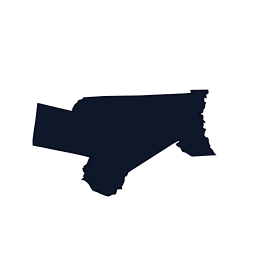 Peabiru, Paraná, Brazil, rotated 324°
{"feature_id": "56859067B78247046057010", "entity_name": "Peabiru", "entity_type": "district", "adm_level": 2, "iso_a3": "BRA", "parent_name": "Brazil", "parent_adm1": "Paraná", "projection": "equal_earth", "projection_center": [-52.308, -23.93], "detail": "fine", "context": "isolated", "style": "filled", "palette": "ink", "viewbox_px": 256, "rotation_deg": 324, "n_neighbors": 0, "source": "geoboundaries", "source_scale": "gbopen_adm2", "svg_char_len": 1860}
<svg xmlns="http://www.w3.org/2000/svg" viewBox="0 0 256 256"><g transform="rotate(324 128 128)"><path d="M61.2,142.8L62.8,145.0L63.6,148.2L63.9,151.6L63.4,154.4L63.3,157.4L64.9,160.1L66.3,162.0L67.3,164.3L69.2,167.1L70.5,169.2L72.2,171.2L73.6,171.7L76.5,172.0L77.8,173.0L79.0,173.6L80.8,172.5L81.8,171.4L83.0,170.8L84.4,171.0L85.5,172.0L87.1,173.1L87.9,171.3L90.5,170.3L91.8,169.4L93.1,168.8L94.5,167.2L95.4,166.0L96.9,164.8L98.5,165.4L100.0,164.8L101.6,163.5L107.8,163.7L111.6,163.9L114.0,164.1L142.5,165.8L154.9,166.5L162.5,167.4L161.8,170.4L160.4,170.1L158.9,169.6L157.6,170.1L158.0,172.0L159.5,174.5L159.0,176.0L158.8,179.0L159.9,180.5L161.0,181.7L161.4,183.3L162.2,184.8L162.6,186.5L163.4,188.1L182.7,200.5L182.4,198.7L182.9,196.2L182.7,193.9L182.1,191.8L183.5,190.5L183.8,188.5L184.9,185.7L186.1,184.3L186.0,182.4L184.7,182.0L184.7,178.7L185.8,177.4L187.4,175.9L189.6,174.7L188.7,173.3L188.2,171.6L189.6,170.0L190.9,169.3L190.2,167.3L193.4,168.1L193.1,166.2L193.1,164.2L194.3,163.9L195.6,161.8L194.4,159.9L193.7,158.5L195.4,158.4L197.4,158.9L199.8,156.7L201.8,156.3L203.2,154.4L205.2,153.1L204.4,150.6L205.9,149.5L206.7,148.0L208.0,147.5L209.1,149.0L210.2,146.0L211.6,146.4L213.3,146.4L214.5,144.4L213.2,143.4L201.0,134.9L199.9,137.7L192.7,133.2L189.1,130.8L181.8,126.1L178.1,123.5L175.9,122.1L165.9,115.5L158.5,110.7L155.3,108.5L148.3,103.6L127.2,88.8L109.8,77.8L108.0,78.5L106.4,77.9L104.3,77.1L102.7,77.8L101.1,78.3L99.5,78.1L98.2,78.5L96.5,79.5L94.9,80.0L93.7,81.7L92.4,81.9L90.6,80.1L76.1,63.3L69.5,55.5L57.4,68.6L52.3,73.6L44.1,82.3L41.5,86.1L48.9,93.9L50.3,95.5L55.0,100.7L69.6,116.4L76.9,124.7L81.0,130.0L79.5,130.3L78.1,130.6L76.9,131.6L75.4,132.4L73.6,133.6L71.3,133.5L69.7,133.6L69.4,135.8L67.9,134.5L66.9,136.6L67.0,138.3L66.8,140.1L65.4,140.2L63.9,141.1L63.8,143.0L61.2,142.8Z" fill="#0f172a" stroke="#020617" stroke-width="1.5"/></g></svg>